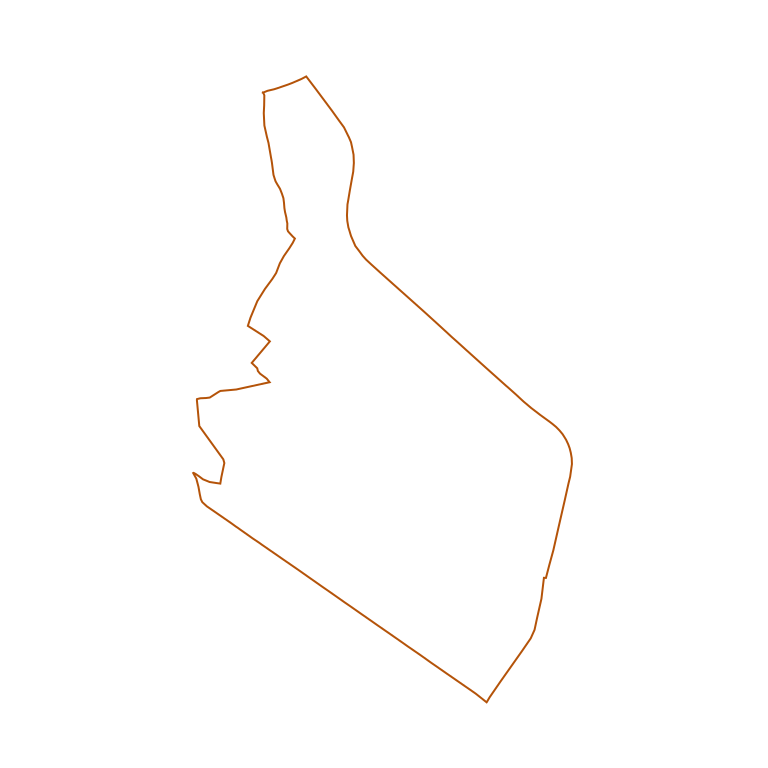 Mushin, Lagos, Nigeria, rotated 126°
{"feature_id": "59680162B75104511306168", "entity_name": "Mushin", "entity_type": "district", "adm_level": 2, "iso_a3": "NGA", "parent_name": "Nigeria", "parent_adm1": "Lagos", "projection": "mercator", "projection_center": [3.345, 6.529], "detail": "fine", "context": "isolated", "style": "outline", "palette": "amber", "viewbox_px": 768, "rotation_deg": 126, "n_neighbors": 0, "source": "geoboundaries", "source_scale": "gbopen_adm2", "svg_char_len": 2386}
<svg xmlns="http://www.w3.org/2000/svg" viewBox="0 0 768 768"><g transform="rotate(126 384 384)"><path d="M586.4,421.7L586.4,419.8L586.3,418.1L586.3,414.9L586.1,399.3L585.8,391.3L585.8,388.2L585.2,362.4L584.8,346.6L584.3,315.1L584.2,310.8L584.0,301.2L583.8,287.2L583.7,284.2L583.4,267.8L583.0,246.9L582.6,228.9L582.4,218.0L582.3,210.6L581.9,194.7L581.8,182.3L581.4,163.4L580.9,141.5L580.6,127.8L581.2,113.9L580.6,113.9L575.5,114.4L555.6,114.9L518.8,115.4L503.5,115.8L494.4,117.7L483.6,122.5L465.2,130.4L448.4,139.8L446.8,140.7L445.7,139.0L433.2,143.9L418.9,149.3L396.8,158.8L371.9,169.4L356.0,176.3L349.6,178.9L338.3,184.9L333.6,188.6L329.8,192.5L326.8,196.1L324.4,199.7L322.1,203.9L320.5,207.8L319.6,210.1L318.4,214.8L317.6,219.5L317.3,224.0L317.2,227.4L317.2,234.5L317.2,239.3L316.9,250.8L316.2,260.5L315.7,264.8L314.9,271.4L313.8,282.4L313.7,284.0L311.0,310.6L308.2,337.3L306.8,350.2L306.2,356.4L304.5,370.9L302.0,393.5L298.8,425.3L297.8,435.3L296.1,452.1L294.8,464.2L293.9,471.6L292.8,476.7L291.0,482.3L289.2,488.3L283.7,497.6L282.2,499.6L280.5,501.8L278.2,504.9L273.6,509.6L269.3,513.1L260.2,519.1L256.7,520.8L251.9,523.2L247.9,525.2L237.0,530.5L230.3,533.7L222.9,538.3L216.4,543.4L211.2,549.0L207.8,552.8L204.8,557.8L204.7,558.1L199.9,567.2L197.4,575.0L195.6,580.4L193.5,586.7L185.5,612.4L180.9,627.7L185.6,630.0L194.4,635.2L198.1,637.6L207.5,644.2L210.2,646.2L215.3,650.6L219.0,652.9L219.7,654.1L219.5,652.6L220.8,650.5L229.2,644.6L235.5,640.5L245.2,632.7L252.7,624.2L256.9,619.1L267.5,608.2L268.9,606.7L271.0,604.6L279.8,596.3L282.1,593.2L283.8,590.8L285.2,587.7L287.2,582.9L290.0,578.5L292.8,574.6L296.2,571.4L300.2,568.0L303.0,565.2L305.3,562.5L306.7,560.9L309.2,558.5L310.9,556.6L315.5,553.4L316.9,551.4L317.4,549.2L318.3,544.7L318.7,541.6L323.4,540.8L329.6,540.4L339.3,540.2L347.6,539.2L357.6,536.5L364.7,536.1L377.0,536.2L391.4,535.2L408.8,531.0L417.0,528.3L416.9,526.6L415.9,509.5L416.6,501.4L444.7,503.4L445.8,495.8L447.6,493.7L448.5,490.4L448.6,482.0L449.8,477.6L475.3,500.3L485.8,512.3L487.7,513.2L497.4,517.0L500.0,519.8L503.5,524.2L506.1,526.4L506.9,526.0L526.6,508.7L539.4,469.7L541.8,466.7L554.8,460.9L560.8,457.9L562.7,461.5L565.8,467.5L566.2,469.2L567.5,474.4L567.4,479.5L567.5,483.5L567.8,485.8L568.2,486.0L570.9,480.2L576.2,473.7L581.4,468.3L584.9,464.4L586.4,461.5L587.1,455.4L586.4,425.4L586.4,421.7Z" fill="none" stroke="#b45309" stroke-width="2"/></g></svg>